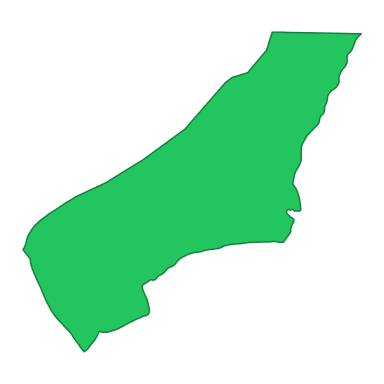 the district of Harib, Ma'rib, Yemen
{"feature_id": "15242507B38885789134427", "entity_name": "Harib", "entity_type": "district", "adm_level": 2, "iso_a3": "YEM", "parent_name": "Yemen", "parent_adm1": "Ma'rib", "projection": "mercator", "projection_center": [45.379, 14.919], "detail": "fine", "context": "isolated", "style": "filled", "palette": "green", "viewbox_px": 384, "rotation_deg": 0, "n_neighbors": 0, "source": "geoboundaries", "source_scale": "gbopen_adm2", "svg_char_len": 4686}
<svg xmlns="http://www.w3.org/2000/svg" viewBox="0 0 384 384"><path d="M361.0,33.8L305.2,32.7L284.1,32.4L284.1,32.2L272.2,32.2L266.6,50.2L260.1,57.9L253.9,65.2L248.1,72.1L247.4,72.8L232.2,77.5L225.8,82.2L193.4,119.4L185.0,129.1L142.5,160.2L138.1,162.8L108.0,181.4L108.1,181.7L75.7,196.8L74.1,197.9L72.5,198.9L70.7,200.0L69.1,200.9L67.2,201.9L65.7,202.9L64.0,204.0L62.4,205.2L60.6,206.3L58.8,207.6L57.0,208.8L55.2,210.0L53.6,211.0L52.7,211.6L51.8,212.1L50.2,213.1L48.7,214.2L47.1,215.3L45.3,216.7L43.7,218.0L42.2,219.1L40.5,220.3L38.7,222.0L37.2,223.3L35.7,224.7L34.4,226.0L33.2,227.5L32.1,229.2L31.0,230.8L30.0,232.4L28.9,234.1L28.7,234.6L28.0,235.9L27.3,237.8L26.7,239.8L26.2,241.9L25.7,243.8L25.1,245.8L25.0,246.1L23.0,249.7L28.8,257.1L30.1,258.6L30.3,260.7L30.7,262.7L31.0,264.8L31.6,266.8L32.2,268.6L32.9,270.3L33.7,272.1L34.4,274.1L35.2,275.9L36.1,277.8L36.9,279.6L37.8,281.6L38.6,283.3L39.5,285.3L40.4,287.0L41.2,288.8L41.9,290.6L42.6,292.5L43.0,293.3L43.6,294.7L44.4,296.8L45.3,298.8L46.1,300.5L46.8,302.3L47.8,304.0L48.9,305.9L49.8,307.8L50.8,309.8L51.9,311.5L53.3,313.5L54.5,315.3L55.8,316.9L57.0,318.4L58.2,319.8L59.6,321.2L61.1,322.7L62.7,324.4L64.1,326.1L65.4,327.5L66.7,329.0L68.2,330.4L69.5,331.7L70.9,333.4L72.1,335.0L73.1,336.8L74.5,338.8L75.7,340.4L76.9,342.1L78.0,343.6L79.1,345.1L80.2,346.9L81.3,348.4L82.5,349.8L83.7,351.3L84.2,351.8L85.5,350.7L87.0,349.5L88.4,348.2L89.5,346.5L90.7,344.8L92.1,343.3L93.3,341.9L93.8,341.3L94.5,340.4L94.9,339.8L95.5,338.7L95.9,338.0L96.9,336.4L97.7,334.7L98.2,333.0L99.4,331.5L99.5,331.5L101.2,331.9L103.0,332.3L104.9,332.3L106.9,332.3L108.9,331.8L110.7,331.2L112.6,330.7L114.5,330.2L116.2,329.6L118.1,328.7L119.9,327.8L121.7,326.8L123.4,325.9L125.2,324.9L126.8,323.8L128.7,323.0L130.6,322.0L132.4,321.4L134.0,320.4L135.6,319.5L137.4,318.8L139.3,318.1L141.0,317.5L142.6,316.3L144.5,315.9L146.4,315.5L148.0,314.5L149.1,312.9L149.4,310.9L149.3,308.9L148.8,307.0L148.4,305.2L148.2,303.4L147.6,301.4L147.0,299.5L146.3,297.7L145.4,296.0L144.7,294.3L143.8,292.4L143.1,290.3L142.5,288.5L142.1,286.7L142.6,284.8L144.3,283.9L146.1,282.9L146.3,282.7L147.8,281.8L148.6,281.1L149.3,280.5L151.0,279.7L152.9,280.2L154.7,279.9L156.3,278.6L157.5,276.9L159.0,275.6L160.8,274.9L162.6,273.8L164.3,272.4L165.6,271.0L166.5,269.7L168.0,268.1L169.7,267.3L171.5,266.7L173.2,265.8L174.7,264.5L175.9,263.1L177.1,261.6L178.3,260.2L179.6,258.8L181.3,257.8L183.0,256.9L185.0,255.9L186.7,255.1L188.3,254.3L190.3,253.6L192.2,253.1L194.2,252.6L196.0,252.3L197.9,252.1L199.9,251.9L201.8,251.4L203.6,250.7L205.6,250.2L207.5,249.9L209.5,249.5L211.5,249.4L213.3,249.2L215.3,248.9L217.2,248.6L217.7,248.5L219.0,248.3L220.7,247.6L222.4,246.9L224.3,246.0L226.3,245.4L228.2,244.9L230.2,244.6L232.0,244.3L233.9,244.1L235.8,243.9L237.8,243.8L240.1,243.8L242.2,243.4L244.3,243.1L246.5,242.8L248.5,242.6L250.7,242.3L252.7,242.3L254.2,242.2L254.4,242.2L254.6,242.2L254.9,242.2L256.7,242.2L258.8,242.2L261.1,242.0L263.1,242.0L265.1,242.0L267.0,242.0L268.9,241.9L271.2,241.7L273.2,241.5L275.3,241.5L277.2,241.8L279.0,242.2L280.9,242.3L282.8,242.3L283.4,242.3L283.7,241.9L284.8,240.3L286.0,238.6L287.2,237.0L288.4,235.3L289.7,233.7L290.6,232.0L290.7,230.1L290.9,228.2L291.4,226.3L292.4,224.3L293.3,222.6L294.0,220.9L293.6,219.0L291.9,217.9L290.3,216.9L289.0,215.4L287.4,214.1L287.1,213.7L286.7,212.5L286.7,211.2L287.1,210.1L287.7,209.7L288.4,209.6L289.0,209.6L290.0,210.3L291.0,209.9L292.3,209.4L293.2,209.4L293.7,210.3L293.9,210.6L294.4,210.9L294.7,211.1L296.3,210.9L296.7,210.9L297.6,211.0L299.4,211.1L300.6,210.3L300.7,208.3L300.5,206.3L300.3,204.4L299.9,202.5L299.7,200.4L299.4,198.4L298.9,196.4L298.3,194.5L297.6,192.5L297.0,190.7L296.2,189.1L295.2,187.5L294.0,185.7L293.0,184.0L293.0,182.1L293.3,180.2L293.8,178.4L294.2,176.5L294.5,174.5L295.2,172.6L296.0,170.8L297.2,169.0L298.2,167.3L299.3,165.1L300.1,163.4L300.8,161.3L301.3,159.4L301.3,157.3L301.3,155.2L301.3,153.1L301.3,151.1L301.3,149.0L301.4,148.6L301.5,146.8L302.0,144.8L302.9,143.0L303.9,141.2L304.9,139.4L305.9,137.6L307.0,135.9L308.4,134.3L309.9,132.7L311.4,131.2L313.0,129.5L314.3,128.1L315.9,126.5L317.4,125.0L318.5,123.4L319.3,121.7L319.7,119.8L319.8,117.8L320.8,116.2L322.1,114.8L323.5,113.4L324.1,111.9L324.6,109.9L324.6,106.9L325.3,105.3L326.2,103.5L326.8,101.6L327.3,99.7L327.5,97.7L327.9,95.6L328.7,93.8L330.0,92.1L331.3,90.8L332.9,89.7L334.5,88.7L336.1,87.4L337.5,85.6L338.3,83.9L339.1,82.0L339.1,79.9L338.9,77.8L339.2,75.8L340.2,73.8L340.9,72.1L341.9,70.2L343.1,68.7L344.6,67.1L345.7,65.6L346.6,63.6L347.2,61.8L347.1,59.9L347.1,58.0L347.2,55.8L348.1,54.1L349.6,52.7L350.9,51.3L351.9,49.8L352.7,47.9L355.9,39.7L358.5,36.3L360.1,35.1L361.0,33.8Z" fill="#22c55e" stroke="#15803d" stroke-width="1.5"/></svg>